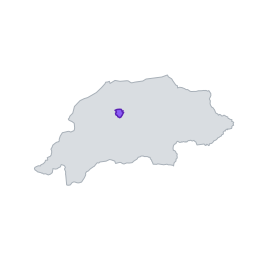 Delgerxangai, Dundgovi, Mongolia shown in context, rotated 161°
{"feature_id": "93677404B47502950424031", "entity_name": "Delgerxangai", "entity_type": "district", "adm_level": 2, "iso_a3": "MNG", "parent_name": "Mongolia", "parent_adm1": "Dundgovi", "projection": "orthographic", "projection_center": [104.19, 45.142], "detail": "fine", "context": "in_parent", "style": "filled", "palette": "violet", "viewbox_px": 256, "rotation_deg": 161, "n_neighbors": 0, "source": "geoboundaries", "source_scale": "gbopen_adm2", "svg_char_len": 4131}
<svg xmlns="http://www.w3.org/2000/svg" viewBox="0 0 256 256"><g transform="rotate(161 128 128)"><path d="M27.3,96.2L28.0,96.3L29.3,95.7L29.7,94.5L30.2,93.9L32.9,94.1L34.0,94.7L34.3,94.0L34.6,94.0L35.1,94.7L35.7,94.6L36.2,94.4L36.8,93.5L37.6,93.9L39.4,93.1L39.7,91.4L40.3,91.1L41.8,91.0L42.1,90.2L42.5,90.1L43.5,90.0L45.4,89.4L46.2,89.5L47.0,88.8L48.8,88.0L51.2,87.9L51.4,87.4L53.8,86.2L56.1,86.5L57.0,85.1L57.4,85.1L58.7,87.0L59.4,86.8L59.7,86.2L60.7,86.4L60.9,87.6L61.4,88.1L68.2,89.5L68.3,89.9L68.4,92.7L69.5,94.1L69.7,94.8L71.6,94.8L72.6,96.0L74.3,96.1L75.1,96.5L76.8,95.7L77.2,95.7L77.6,96.3L78.5,96.0L79.9,97.1L81.1,97.0L81.6,97.5L82.3,97.2L84.0,97.6L85.2,99.2L86.1,99.2L87.3,98.3L87.7,97.7L89.3,97.5L90.3,96.9L90.9,96.3L92.0,94.3L92.4,92.1L91.6,91.7L90.9,90.9L90.6,89.7L90.7,88.9L90.0,87.6L90.1,87.0L90.7,86.0L91.0,84.2L91.6,83.3L92.8,82.9L92.9,82.2L93.7,80.9L95.5,80.3L96.5,78.8L97.2,77.4L97.9,78.2L100.0,79.4L101.8,80.0L103.0,81.1L106.2,81.6L111.5,84.4L112.6,84.3L115.8,85.5L116.0,85.8L116.0,87.8L116.2,88.3L116.3,90.5L116.9,91.5L116.7,92.8L116.9,93.2L117.7,93.4L119.0,94.7L121.9,95.7L122.8,96.6L124.8,97.2L125.8,96.8L127.5,97.0L128.1,96.9L129.2,95.9L129.9,95.6L133.7,94.7L134.7,94.1L135.4,93.9L138.4,94.5L140.5,95.4L143.5,95.3L145.0,96.3L145.6,97.4L146.9,98.2L151.1,98.5L151.3,98.7L151.3,100.9L151.5,101.2L154.4,103.5L155.7,104.2L159.5,103.8L165.6,105.0L167.0,104.4L168.3,105.1L168.8,105.0L172.5,102.7L173.1,102.7L177.0,101.6L179.5,100.3L181.4,100.2L182.8,99.1L183.3,97.4L185.5,95.1L189.5,92.0L192.3,92.1L194.0,92.8L195.9,94.3L196.9,94.7L198.6,94.6L201.0,93.0L202.3,93.1L203.6,93.5L204.5,94.2L202.1,104.1L202.1,104.6L201.2,106.8L201.4,109.9L200.0,111.2L200.4,113.0L200.9,113.6L202.9,115.1L203.5,114.8L203.9,114.0L204.8,113.2L206.6,113.1L208.1,112.5L210.1,112.8L212.1,114.0L214.2,110.4L216.4,109.6L218.7,109.6L220.7,111.5L222.9,112.1L223.6,113.2L224.5,113.5L224.9,114.1L227.8,116.0L228.6,117.5L229.5,118.5L229.7,119.7L229.6,120.3L228.7,121.1L225.2,121.5L223.0,120.7L222.4,121.5L219.7,121.8L218.3,122.5L217.3,123.1L216.8,124.0L216.4,124.3L215.9,124.3L215.0,123.8L214.4,123.9L214.2,124.1L214.0,126.2L211.8,126.5L211.0,126.4L209.2,127.6L209.0,128.4L208.1,129.7L207.5,131.8L207.8,132.6L207.6,133.2L206.1,134.5L204.6,136.3L201.3,137.5L199.7,137.8L198.5,137.6L197.3,138.0L196.6,139.9L194.7,142.4L191.6,144.9L185.6,144.3L184.8,144.0L183.4,142.8L180.0,143.1L179.1,144.1L178.4,145.5L177.3,150.0L178.9,152.4L180.6,153.9L181.4,154.9L181.5,155.9L180.4,156.5L179.0,158.2L175.4,160.0L171.6,165.8L164.4,169.5L159.9,170.0L156.2,169.9L146.4,171.8L140.1,174.7L135.4,177.3L134.3,178.4L133.8,178.6L133.0,178.2L130.4,178.1L130.4,176.0L124.8,177.2L120.3,174.7L113.8,173.1L112.5,172.5L110.4,169.8L109.2,169.4L106.4,169.1L98.7,167.6L95.0,168.4L79.4,165.2L73.6,165.3L73.4,165.0L73.2,163.3L70.8,160.4L70.5,159.7L70.4,158.6L68.8,153.0L67.6,152.0L68.0,149.8L65.9,149.7L63.8,148.6L61.6,146.7L60.6,145.4L59.1,144.9L57.3,142.5L56.5,142.0L51.7,140.4L49.3,140.3L46.8,139.4L43.9,138.8L43.0,138.2L42.1,138.2L40.6,136.9L39.4,137.0L38.5,133.6L39.1,131.7L39.9,130.7L41.5,129.2L41.6,128.5L41.3,126.9L42.5,124.2L42.5,122.5L42.1,120.4L41.2,119.8L40.3,116.9L40.2,114.7L39.9,113.2L38.6,112.1L38.4,110.8L38.0,110.6L37.6,111.0L36.8,111.0L36.0,110.1L35.7,109.1L35.3,108.8L34.3,108.6L33.4,108.9L32.5,108.5L31.9,107.5L30.1,105.9L30.2,105.0L30.0,104.3L29.4,104.0L28.9,103.2L27.1,102.0L27.1,101.6L27.9,100.7L26.7,99.7L26.3,98.7L27.3,97.8L27.2,96.9L27.3,96.2Z" fill="#d9dde1" stroke="#a8b0b8" stroke-width="1"/><path d="M134.3,148.9L133.8,147.8L133.9,146.6L134.6,146.2L134.9,146.1L135.0,145.6L135.1,145.1L134.9,144.0L134.2,143.6L134.1,143.3L134.0,142.9L134.0,142.1L133.7,141.8L133.2,141.3L132.5,140.5L132.3,140.5L131.6,140.6L130.9,140.8L130.7,141.0L129.8,141.8L129.4,142.0L128.6,142.8L128.4,143.1L127.4,143.9L127.4,144.0L127.5,144.0L127.6,144.3L127.7,144.5L127.7,144.8L127.8,144.8L127.7,144.8L127.8,144.9L127.7,144.9L127.7,145.0L127.8,145.1L127.7,145.3L127.8,145.3L127.7,145.3L127.8,145.3L127.8,145.5L127.7,145.6L127.8,145.6L128.1,146.7L128.5,147.9L130.1,148.5L130.8,148.7L131.5,148.9L132.8,149.1L134.3,148.9Z" fill="#8b5cf6" stroke="#5b21b6" stroke-width="1.5"/></g></svg>